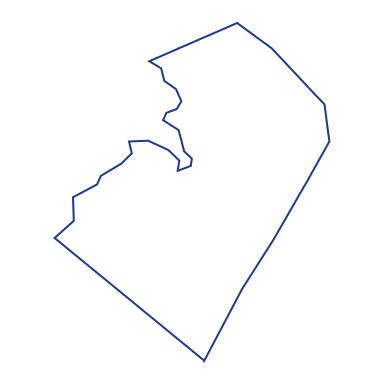 the district of Summers, West Virginia, United States of America
{"feature_id": "52423323B65894657308494", "entity_name": "Summers", "entity_type": "district", "adm_level": 2, "iso_a3": "USA", "parent_name": "United States of America", "parent_adm1": "West Virginia", "projection": "robinson", "projection_center": [-80.878, 37.649], "detail": "fine", "context": "isolated", "style": "outline", "palette": "blue", "viewbox_px": 384, "rotation_deg": 0, "n_neighbors": 0, "source": "geoboundaries", "source_scale": "gbopen_adm2", "svg_char_len": 560}
<svg xmlns="http://www.w3.org/2000/svg" viewBox="0 0 384 384"><path d="M203.4,360.0L204.1,361.0L242.1,289.0L274.0,238.8L303.7,187.1L306.2,182.9L329.4,141.4L327.6,128.3L324.5,104.3L316.7,96.3L271.8,48.4L237.1,23.0L149.3,61.2L161.2,68.4L164.3,80.9L176.0,89.1L181.4,101.4L176.6,109.1L166.4,112.8L163.1,120.2L178.6,130.1L184.2,151.4L191.8,158.6L190.8,165.9L177.7,170.8L179.3,160.6L168.5,150.1L148.1,140.7L129.0,141.5L131.8,153.3L121.5,163.5L100.8,175.9L97.1,184.4L73.0,197.2L73.8,220.8L54.6,238.0L203.4,360.0Z" fill="none" stroke="#1e3a8a" stroke-width="2"/></svg>